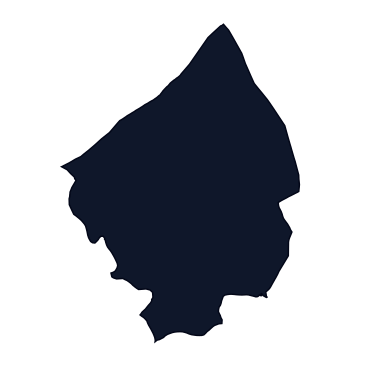 Bani Qays, Hajjah, Yemen, rotated 150°
{"feature_id": "15242507B13849727966000", "entity_name": "Bani Qays", "entity_type": "district", "adm_level": 2, "iso_a3": "YEM", "parent_name": "Yemen", "parent_adm1": "Hajjah", "projection": "mercator", "projection_center": [43.354, 15.631], "detail": "fine", "context": "isolated", "style": "filled", "palette": "ink", "viewbox_px": 384, "rotation_deg": 150, "n_neighbors": 0, "source": "geoboundaries", "source_scale": "gbopen_adm2", "svg_char_len": 4293}
<svg xmlns="http://www.w3.org/2000/svg" viewBox="0 0 384 384"><g transform="rotate(150 192 192)"><path d="M99.3,139.1L96.7,142.7L95.3,144.7L93.0,149.8L91.1,153.4L89.3,160.1L87.4,167.1L86.7,170.3L85.7,174.4L84.3,180.1L84.0,181.2L83.3,184.2L81.4,191.9L78.5,203.1L78.6,204.7L79.6,221.3L79.7,223.0L80.2,229.8L80.6,234.3L81.1,237.5L82.0,243.3L82.7,247.3L83.9,254.9L83.1,262.9L82.6,267.4L81.6,276.6L80.1,284.4L79.8,286.4L79.6,287.2L79.6,289.1L79.5,296.7L79.4,304.9L79.4,312.0L79.4,313.8L80.2,317.7L80.9,321.5L83.1,321.2L84.2,321.5L94.6,319.2L100.9,317.7L130.2,303.9L142.5,299.6L143.8,298.9L144.4,298.8L145.2,298.6L145.4,298.6L146.5,298.4L147.4,298.3L148.4,298.3L149.4,298.1L150.5,297.9L151.5,297.9L152.5,297.8L153.4,297.6L154.3,297.5L155.4,297.3L156.5,297.1L157.4,296.7L158.3,296.4L159.2,296.0L160.2,295.8L161.1,295.7L162.5,295.3L163.5,295.0L164.6,294.7L165.1,294.5L165.4,294.4L165.5,294.4L166.5,294.1L167.3,293.7L168.2,293.3L169.2,292.9L170.2,292.5L171.1,292.0L172.1,292.0L173.2,291.8L174.6,291.5L175.9,291.3L176.8,291.3L177.8,291.2L179.2,291.0L180.4,291.0L181.6,291.1L182.2,291.1L182.6,291.1L183.9,291.1L184.0,291.1L185.0,291.0L185.9,291.0L186.3,291.0L187.0,291.0L188.3,291.1L189.3,291.1L190.3,291.0L191.4,290.9L193.0,290.8L193.9,290.8L195.1,290.7L196.5,290.7L197.5,290.7L198.8,290.7L200.2,290.7L201.6,290.5L203.0,290.5L204.5,290.5L206.1,290.4L207.4,290.4L208.1,290.4L208.7,290.4L210.1,290.4L211.5,290.2L213.0,290.1L214.4,290.0L215.8,289.9L217.1,289.9L218.5,289.9L218.9,289.9L221.6,289.0L233.8,284.7L243.4,283.3L252.6,281.3L254.7,280.9L261.3,279.7L266.8,278.9L270.6,278.2L276.5,278.7L283.6,278.6L292.3,279.1L288.9,273.6L288.8,273.0L288.3,270.6L287.8,268.4L287.1,266.1L286.4,263.8L286.9,262.1L286.6,260.0L291.7,257.1L293.8,255.9L295.8,254.3L297.6,252.9L298.8,251.1L299.1,250.8L300.1,249.3L301.8,247.5L304.6,242.3L305.2,235.8L305.5,231.8L304.4,229.4L303.6,227.3L302.8,225.2L302.1,223.0L302.0,222.7L301.6,220.6L301.2,218.3L301.1,215.9L301.7,213.4L302.3,211.2L303.0,209.1L303.8,206.8L304.4,204.1L304.4,203.8L304.5,202.2L304.5,199.8L303.5,197.8L301.6,196.4L299.4,196.9L297.2,197.6L295.2,198.7L293.1,199.2L291.1,198.2L290.7,196.1L291.0,195.1L291.3,194.9L291.2,193.6L291.9,191.3L292.4,188.9L292.6,186.6L292.4,184.5L292.0,182.2L291.8,179.8L291.8,177.5L291.8,175.3L291.9,172.9L292.1,170.5L292.3,168.1L293.0,165.6L294.5,164.0L296.5,162.7L298.5,161.8L300.8,161.9L302.7,162.3L303.8,158.6L303.0,157.0L300.8,154.5L295.1,151.7L293.7,149.5L292.8,148.3L292.4,147.7L291.3,145.3L290.9,144.3L290.4,143.1L289.8,140.7L289.3,139.5L289.0,138.6L288.1,136.5L287.0,134.3L280.3,131.1L277.3,128.1L276.3,124.8L278.5,120.2L280.7,119.0L281.3,117.8L283.5,116.6L286.3,115.7L288.6,114.8L290.8,113.9L293.1,113.4L295.3,112.9L297.3,111.9L298.4,111.5L297.6,109.5L296.6,107.5L296.0,105.4L295.5,103.0L295.9,100.8L296.1,98.5L296.1,96.1L296.1,93.9L296.2,91.6L296.3,89.2L296.6,86.8L297.0,84.5L297.9,82.0L298.8,80.8L296.3,81.2L294.0,80.5L291.7,80.4L289.4,80.3L287.2,80.9L284.4,81.0L281.9,80.6L279.2,80.1L277.0,79.4L274.5,78.3L272.1,77.0L270.2,75.8L268.4,74.1L266.9,72.5L265.4,70.5L263.6,68.6L261.7,67.1L259.6,65.5L257.5,64.2L255.3,63.0L253.2,62.4L250.9,62.9L248.7,63.6L246.2,63.9L244.1,64.4L241.3,65.0L239.1,65.2L236.8,64.8L234.7,64.5L231.9,63.2L229.9,66.2L229.8,68.8L229.3,71.0L229.2,73.2L228.9,75.4L227.6,77.2L226.3,78.6L226.1,78.8L224.0,79.8L222.3,81.3L220.8,83.0L219.0,84.5L217.1,86.1L215.0,86.3L212.8,85.6L210.4,84.6L208.5,83.5L206.6,82.2L204.7,80.8L202.3,79.2L200.4,78.0L198.1,76.8L196.1,75.8L194.3,74.5L192.5,72.7L190.7,71.0L189.1,69.3L188.0,68.8L187.3,68.6L186.4,68.7L185.6,69.1L184.8,69.2L184.6,68.7L184.7,68.3L184.5,68.1L184.3,67.9L183.8,67.6L183.3,68.2L182.9,69.4L182.6,69.3L182.3,68.6L182.3,66.9L180.3,63.5L179.6,63.5L179.7,64.6L178.1,68.6L175.6,69.0L173.3,69.6L171.3,70.6L169.2,71.9L167.2,73.1L165.3,74.2L163.5,75.3L163.1,75.5L162.2,76.0L161.1,76.7L158.7,78.2L156.5,79.8L140.5,88.6L133.5,100.4L132.1,102.1L130.4,103.6L127.8,105.6L125.5,107.4L125.6,109.7L125.4,111.7L125.3,112.0L125.3,114.2L125.3,116.4L125.6,118.8L125.9,121.5L126.0,123.6L125.6,125.8L125.0,128.0L124.6,130.5L124.5,132.6L124.4,135.0L123.8,137.2L122.6,139.8L120.2,139.9L117.8,139.9L115.5,139.8L113.2,139.7L110.6,139.7L110.2,139.7L108.2,139.5L106.0,139.4L104.5,139.3L103.6,139.3L101.0,139.1L99.3,139.1Z" fill="#0f172a" stroke="#020617" stroke-width="1.5"/></g></svg>